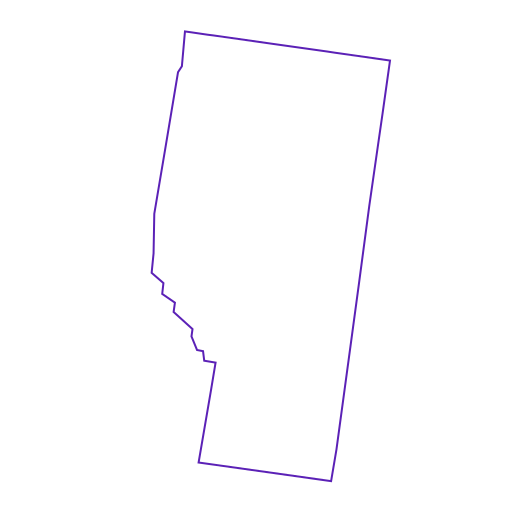 Crawford, Pennsylvania, United States of America (Robinson projection), rotated 98°
{"feature_id": "52423323B54680943068463", "entity_name": "Crawford", "entity_type": "district", "adm_level": 2, "iso_a3": "USA", "parent_name": "United States of America", "parent_adm1": "Pennsylvania", "projection": "robinson", "projection_center": [-80.159, 41.666], "detail": "fine", "context": "isolated", "style": "outline", "palette": "violet", "viewbox_px": 512, "rotation_deg": 98, "n_neighbors": 0, "source": "geoboundaries", "source_scale": "gbopen_adm2", "svg_char_len": 617}
<svg xmlns="http://www.w3.org/2000/svg" viewBox="0 0 512 512"><g transform="rotate(98 256 256)"><path d="M43.5,357.6L78.4,355.8L84.8,358.8L162.7,360.8L228.3,362.6L267.7,357.8L287.2,357.0L295.7,343.9L306.6,343.6L313.5,329.8L322.9,329.8L337.2,308.7L344.6,308.7L357.3,301.3L357.6,295.2L366.9,292.7L367.2,281.2L395.6,281.9L468.5,284.1L468.5,280.2L468.5,150.3L436.5,149.4L329.0,149.9L270.4,150.2L190.2,150.8L122.7,150.6L96.9,150.5L43.8,150.5L43.7,199.0L43.7,206.3L43.6,213.8L43.6,235.6L43.6,253.0L43.6,253.8L43.6,268.5L43.5,328.8L43.6,334.8L43.5,351.4L43.5,357.6Z" fill="none" stroke="#5b21b6" stroke-width="2"/></g></svg>